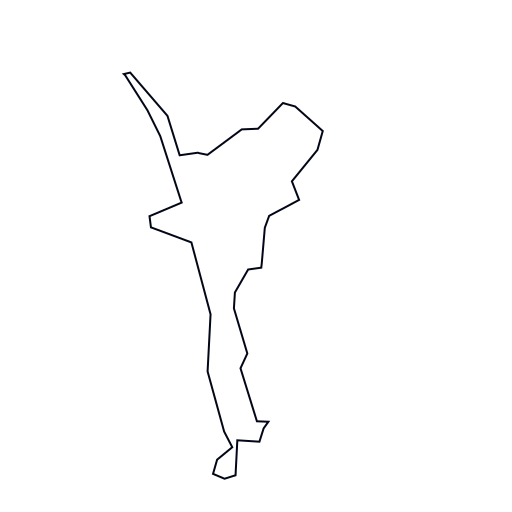 Hagåtña, Guam, rotated 256°
{"feature_id": "77769853B92026365900832", "entity_name": "Hagåtña", "entity_type": "district", "adm_level": 2, "iso_a3": "GUM", "parent_name": "Guam", "parent_adm1": "", "projection": "mercator", "projection_center": [144.749, 13.472], "detail": "fine", "context": "isolated", "style": "outline", "palette": "ink", "viewbox_px": 512, "rotation_deg": 256, "n_neighbors": 0, "source": "geoboundaries", "source_scale": "gbopen_adm2", "svg_char_len": 707}
<svg xmlns="http://www.w3.org/2000/svg" viewBox="0 0 512 512"><g transform="rotate(256 256 256)"><path d="M464.5,171.8L463.0,172.8L423.7,185.9L395.5,192.1L327.9,196.6L325.8,196.8L320.4,162.3L309.2,161.0L284.8,196.6L210.4,197.8L155.7,181.1L93.4,182.6L76.2,186.7L67.8,169.0L55.0,161.6L47.5,171.6L48.2,183.1L81.7,193.3L75.0,214.4L86.9,221.7L92.2,227.9L95.4,216.9L150.8,213.8L163.5,224.0L210.5,221.9L225.7,226.7L244.8,245.1L243.4,258.3L248.0,260.0L281.3,271.4L291.8,278.5L300.0,311.4L319.8,308.9L344.1,341.3L361.1,351.0L391.6,330.2L397.9,319.1L379.0,288.8L382.3,272.8L365.9,233.4L369.5,225.8L370.3,224.5L372.2,206.3L413.4,204.0L464.4,178.3L464.5,171.8Z" fill="none" stroke="#020617" stroke-width="2"/></g></svg>